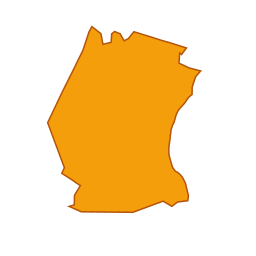 Jefferson, Missouri, United States of America (Mercator projection), rotated 17°
{"feature_id": "52423323B41402843963170", "entity_name": "Jefferson", "entity_type": "district", "adm_level": 2, "iso_a3": "USA", "parent_name": "United States of America", "parent_adm1": "Missouri", "projection": "mercator", "projection_center": [-90.467, 38.253], "detail": "fine", "context": "isolated", "style": "filled", "palette": "amber", "viewbox_px": 256, "rotation_deg": 17, "n_neighbors": 0, "source": "geoboundaries", "source_scale": "gbopen_adm2", "svg_char_len": 1001}
<svg xmlns="http://www.w3.org/2000/svg" viewBox="0 0 256 256"><g transform="rotate(17 128 128)"><path d="M91.1,194.4L93.4,195.3L99.3,197.0L96.5,208.0L99.1,217.2L94.6,220.2L107.8,221.8L157.3,207.2L182.9,187.7L192.8,190.1L197.0,184.3L206.4,180.1L205.6,175.1L199.0,163.9L196.6,161.4L194.3,159.1L191.5,157.3L188.5,156.0L186.6,155.7L185.0,154.9L182.3,152.7L181.5,151.8L175.7,142.8L175.2,141.8L175.0,141.4L174.0,138.8L172.7,134.3L171.8,129.1L171.6,127.0L170.6,122.6L170.3,120.1L169.7,117.2L169.8,112.4L170.4,108.7L170.2,101.5L170.7,97.7L171.4,95.2L174.9,87.6L176.9,81.1L178.0,79.5L178.7,78.3L178.8,78.1L179.5,77.3L177.4,70.0L177.7,59.1L180.8,52.2L168.9,52.7L157.8,51.1L155.5,41.2L157.7,42.1L160.5,34.4L142.5,34.2L135.0,34.4L128.8,34.3L128.0,34.3L105.5,34.2L102.1,42.6L98.8,45.7L92.9,40.2L87.0,39.6L84.9,42.7L86.8,51.0L79.6,55.3L74.5,45.7L63.8,41.6L62.6,47.5L62.2,66.6L58.7,88.4L56.9,99.0L54.7,112.0L49.6,146.4L78.8,184.6L77.9,190.7L91.1,194.4Z" fill="#f59e0b" stroke="#b45309" stroke-width="1.5"/></g></svg>